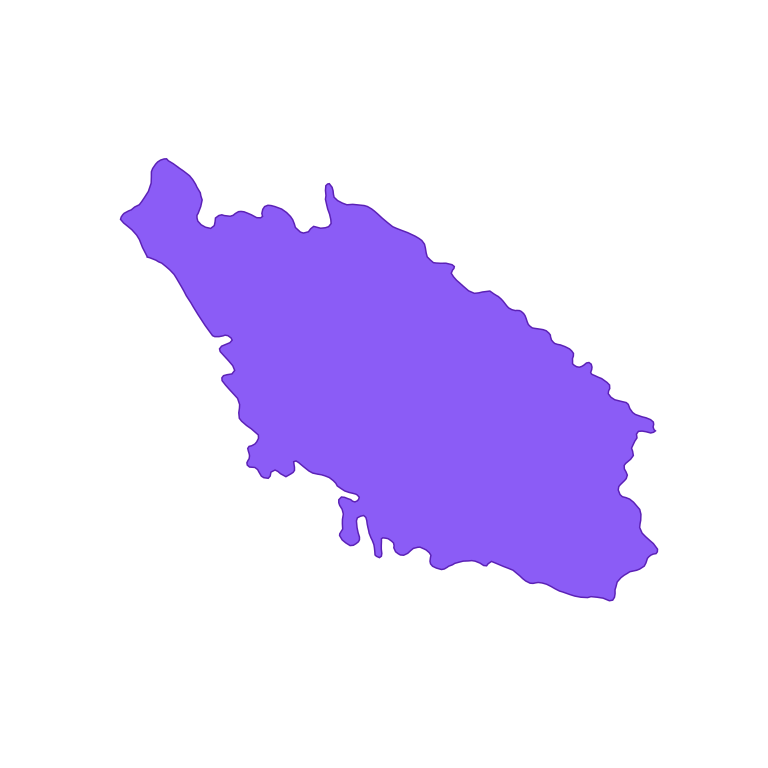 the district of Syanno, Vitebsk, Belarus, rotated 221°
{"feature_id": "67162791B30203465956125", "entity_name": "Syanno", "entity_type": "district", "adm_level": 2, "iso_a3": "BLR", "parent_name": "Belarus", "parent_adm1": "Vitebsk", "projection": "equal_earth", "projection_center": [29.908, 54.823], "detail": "fine", "context": "isolated", "style": "filled", "palette": "violet", "viewbox_px": 768, "rotation_deg": 221, "n_neighbors": 0, "source": "geoboundaries", "source_scale": "gbopen_adm2", "svg_char_len": 6137}
<svg xmlns="http://www.w3.org/2000/svg" viewBox="0 0 768 768"><g transform="rotate(221 384 384)"><path d="M436.5,237.2L435.8,234.6L434.0,233.1L431.0,233.1L426.7,236.3L423.2,236.5L420.9,235.6L416.1,234.0L413.3,234.4L409.5,236.9L409.5,239.9L411.5,243.3L409.8,247.6L406.7,248.4L403.2,248.4L397.2,249.7L395.2,255.4L394.6,257.7L394.9,260.1L397.0,262.5L399.1,264.2L401.2,266.1L399.9,268.2L396.9,268.7L390.6,268.8L383.6,269.1L379.4,270.0L375.0,272.4L371.6,274.5L368.2,276.0L363.9,277.5L358.8,277.8L355.3,277.5L352.4,276.4L347.8,276.9L343.5,277.5L339.1,279.3L335.9,281.0L333.0,282.4L331.3,282.7L328.4,282.3L327.5,280.4L327.5,278.3L328.6,275.9L330.9,274.9L333.3,274.9L335.7,273.9L339.4,272.6L342.0,270.8L342.2,267.0L340.2,264.7L337.8,263.3L333.3,261.9L329.4,259.2L326.5,254.5L323.8,251.3L320.0,247.4L319.7,245.2L319.1,241.9L318.1,240.5L313.3,238.9L308.6,239.0L303.6,239.8L301.3,242.2L300.3,245.3L299.8,248.1L300.3,250.3L302.1,252.4L306.0,254.8L310.2,258.0L315.0,262.6L316.3,265.5L315.0,268.8L313.1,271.4L310.2,271.4L307.4,269.6L304.7,267.2L302.2,265.3L299.0,263.0L297.4,261.7L293.0,259.4L290.3,258.3L286.2,256.1L283.7,254.0L280.9,251.4L278.6,249.1L276.7,249.0L273.5,250.0L273.0,252.3L274.4,254.6L277.7,257.6L279.9,260.1L282.7,263.6L284.4,265.5L284.0,267.1L281.5,268.8L279.3,270.0L275.2,270.4L272.6,270.3L270.4,268.7L269.1,266.8L265.2,265.0L262.0,265.2L259.5,265.7L256.8,267.7L255.0,271.8L254.5,276.3L254.0,279.2L251.4,282.9L249.8,284.5L245.3,285.9L243.2,286.4L239.1,286.4L236.2,285.5L234.9,283.2L233.0,280.4L230.9,278.8L227.8,278.3L223.8,279.4L218.9,281.7L217.1,284.0L216.0,287.3L215.7,288.8L213.7,292.5L212.9,295.1L210.5,298.7L208.0,302.3L204.3,305.8L201.9,308.3L199.0,310.1L194.1,311.8L189.7,312.4L187.3,314.1L187.5,316.6L186.5,320.6L181.5,322.3L174.1,324.7L169.5,326.4L164.5,328.1L159.8,328.2L155.7,328.3L151.7,328.1L147.8,328.3L143.1,329.5L140.7,331.3L139.1,333.4L137.4,335.4L134.1,337.6L129.8,339.6L125.1,340.8L120.5,341.7L115.7,342.9L112.6,344.3L105.5,347.1L100.9,349.1L95.6,352.2L90.2,356.4L88.3,359.3L83.4,362.8L78.2,366.1L71.7,368.3L69.6,370.9L70.1,374.2L72.0,377.3L74.6,380.2L75.9,383.1L78.1,387.5L78.1,393.3L77.3,397.2L76.1,400.8L75.3,403.6L71.1,409.2L69.6,412.1L68.1,417.3L68.9,420.7L69.6,422.4L70.8,425.2L70.8,427.4L70.3,430.0L69.2,432.3L67.4,434.5L67.6,436.7L69.2,438.8L76.0,440.3L80.5,440.3L86.4,440.4L91.4,440.8L96.9,443.4L99.0,446.4L100.8,449.5L104.6,454.2L108.7,457.1L118.1,458.5L123.1,458.3L126.8,457.0L130.2,455.3L133.3,455.4L137.7,457.7L139.5,460.6L139.6,462.9L139.3,466.5L139.1,469.0L139.1,471.5L140.6,474.9L143.8,476.5L146.9,477.6L149.3,480.1L149.5,482.5L148.5,489.1L148.9,493.6L152.3,496.4L155.1,498.0L156.2,501.8L157.2,505.4L157.7,509.3L160.6,511.8L160.9,515.2L158.3,517.8L154.9,519.9L150.6,522.0L148.9,524.4L148.4,526.7L150.3,526.7L152.7,528.1L154.0,530.5L155.8,532.0L159.4,532.0L164.1,530.4L167.6,528.6L174.3,525.9L177.7,525.6L182.3,526.7L186.3,528.9L189.0,528.9L194.2,526.2L199.5,523.5L204.0,522.9L208.4,523.8L210.0,526.2L210.6,528.6L213.1,531.2L216.7,531.5L223.3,530.9L226.7,529.7L230.5,528.6L233.0,527.8L234.0,527.7L235.6,528.3L236.7,531.1L238.1,533.2L240.6,534.9L243.4,534.7L245.0,532.7L245.6,529.1L246.3,527.0L247.6,524.8L250.0,523.4L252.7,522.9L255.0,523.0L256.7,525.0L258.4,526.8L259.4,529.3L261.1,531.4L264.0,532.1L267.0,532.2L269.9,531.5L272.1,530.9L276.6,529.2L279.1,527.7L281.7,526.6L283.5,526.6L286.5,527.1L289.3,528.9L290.6,530.1L293.0,530.6L296.5,530.6L299.6,529.4L301.7,528.1L305.0,526.0L307.0,524.7L308.9,523.6L311.8,523.4L314.1,523.6L316.6,524.8L319.9,526.8L322.4,528.1L324.9,528.8L328.0,528.8L329.9,528.3L332.0,526.7L333.0,525.6L336.2,524.0L339.9,523.2L342.6,523.5L346.6,524.3L348.7,524.7L351.5,525.0L355.2,525.0L357.0,524.6L360.1,524.1L365.1,523.6L370.1,518.0L372.3,514.9L375.3,511.7L381.4,509.8L388.3,509.8L397.3,509.9L401.8,510.5L405.9,511.7L407.0,515.0L407.0,517.0L408.0,518.8L410.9,518.7L416.5,515.8L420.4,512.3L423.9,509.6L426.3,508.0L430.4,508.0L434.8,508.3L438.3,510.7L442.0,513.8L445.2,516.1L449.6,517.1L453.2,516.8L457.5,516.0L465.3,513.8L471.5,511.5L476.8,509.6L480.7,508.4L487.7,508.1L494.1,508.0L500.5,508.2L504.6,508.2L508.2,508.0L512.9,507.1L516.0,505.7L519.0,503.6L525.4,499.1L529.6,494.9L534.2,493.2L539.3,492.0L544.2,492.2L546.6,494.0L549.2,496.4L552.2,498.4L556.7,499.3L557.8,497.9L558.0,495.5L555.2,491.7L551.4,488.1L549.4,485.0L544.9,481.7L541.4,479.2L536.4,476.4L531.9,473.1L529.2,470.4L529.0,466.4L530.8,463.4L534.0,460.0L540.5,456.8L541.2,453.0L540.9,449.3L543.8,445.1L546.7,443.8L553.6,444.0L556.7,446.0L560.7,448.1L564.5,449.1L570.0,449.5L576.0,448.9L582.6,446.4L586.3,444.6L588.9,442.7L590.5,439.6L590.1,436.3L588.1,432.6L585.6,430.8L586.1,428.5L589.2,426.0L595.1,424.7L599.1,423.4L602.7,422.1L605.2,420.4L606.9,418.6L608.1,415.0L608.5,412.4L610.1,409.7L615.1,406.3L617.4,405.3L619.2,402.8L620.1,398.7L617.9,395.6L616.0,392.2L616.9,387.7L621.6,385.2L626.5,384.2L631.4,384.8L633.9,386.5L635.8,388.5L636.2,390.8L637.6,394.6L638.7,397.6L640.1,400.2L642.0,403.6L645.6,405.8L648.1,407.8L654.5,409.9L657.1,411.1L662.2,412.7L667.3,413.6L674.8,413.2L680.3,412.6L687.6,412.0L693.2,411.0L695.8,411.3L697.6,409.6L699.5,406.5L700.5,403.1L700.6,400.1L700.0,394.9L698.8,391.6L695.3,387.5L691.5,382.8L688.2,374.8L687.2,368.1L686.5,362.5L686.3,358.7L688.3,354.0L689.0,349.6L690.4,346.9L692.1,342.4L692.2,340.4L691.9,337.7L690.9,335.4L686.1,334.7L680.7,334.9L675.4,335.0L668.3,334.1L663.3,332.5L655.8,328.6L646.6,324.9L646.1,324.4L643.6,325.6L637.4,327.8L634.3,328.3L631.1,329.4L625.6,329.6L620.6,329.6L614.4,329.0L610.4,327.8L600.3,324.4L595.8,322.8L591.1,320.9L583.3,318.7L578.6,317.1L570.0,314.4L557.3,310.8L549.9,309.1L545.1,308.0L542.8,308.7L539.5,311.6L537.0,314.8L536.0,316.6L533.5,318.1L529.7,318.4L527.4,317.5L527.4,314.1L531.4,306.0L531.2,302.6L528.9,301.0L516.0,299.5L510.2,298.6L505.6,296.3L505.4,291.8L508.6,288.0L510.6,285.0L510.4,282.3L508.4,280.3L502.8,279.2L497.5,278.5L485.1,277.1L479.5,273.8L477.3,271.0L474.7,267.0L470.7,263.2L467.1,262.5L460.6,262.5L454.8,263.1L445.4,263.1L443.1,260.7L442.1,256.8L442.1,253.9L443.4,250.5L444.9,248.4L444.6,246.0L442.4,244.4L439.8,242.8L438.3,241.5L436.8,239.2L436.5,237.2Z" fill="#8b5cf6" stroke="#5b21b6" stroke-width="1.5"/></g></svg>